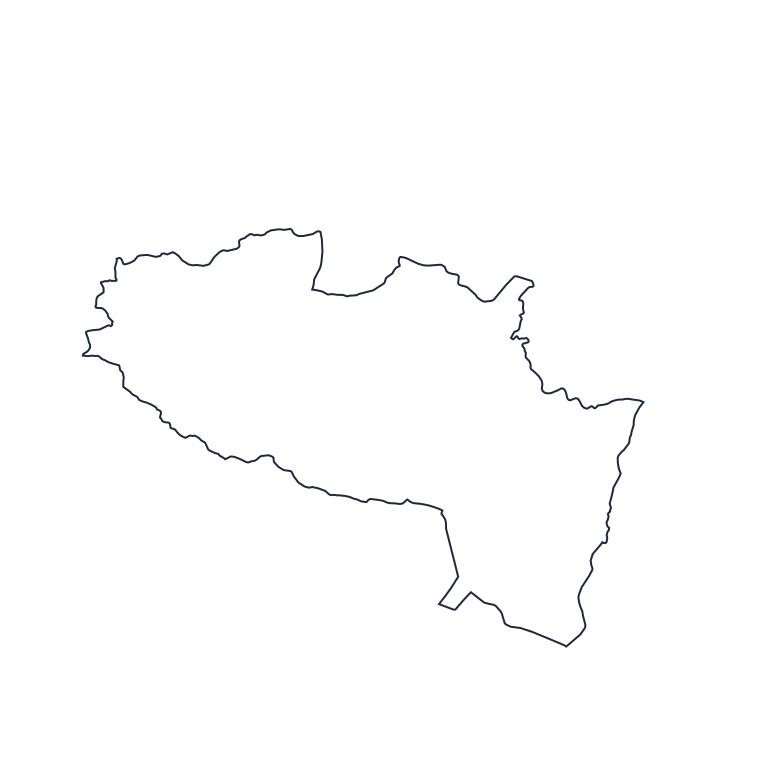 the district of Wat Bot, Phitsanulok, Thailand, rotated 300°
{"feature_id": "78962969B51687316789717", "entity_name": "Wat Bot", "entity_type": "district", "adm_level": 2, "iso_a3": "THA", "parent_name": "Thailand", "parent_adm1": "Phitsanulok", "projection": "orthographic", "projection_center": [100.372, 17.16], "detail": "fine", "context": "isolated", "style": "outline", "palette": "slate", "viewbox_px": 768, "rotation_deg": 300, "n_neighbors": 0, "source": "geoboundaries", "source_scale": "gbopen_adm2", "svg_char_len": 6137}
<svg xmlns="http://www.w3.org/2000/svg" viewBox="0 0 768 768"><g transform="rotate(300 384 384)"><path d="M358.7,89.9L358.0,90.5L355.8,91.4L349.7,92.9L347.1,95.2L341.9,98.2L340.6,100.2L339.9,100.5L339.3,100.3L338.1,98.3L336.9,96.0L336.7,94.5L335.1,93.6L333.3,90.7L330.5,88.0L330.0,88.2L327.1,93.0L323.4,95.2L322.7,95.1L317.2,92.4L315.6,92.2L313.5,92.6L308.4,95.2L306.9,95.3L306.1,96.7L308.5,101.4L308.7,103.2L308.2,106.0L306.7,109.3L304.6,111.4L303.7,112.6L302.5,117.8L300.6,118.1L299.3,119.1L297.5,118.5L297.4,116.6L296.6,115.7L289.0,110.5L284.6,104.4L282.3,101.6L280.5,100.1L279.8,100.1L278.7,100.9L275.5,104.9L272.6,107.5L271.2,109.6L269.7,110.7L267.9,111.3L265.8,111.3L263.5,110.7L259.7,108.6L258.0,109.0L260.0,113.4L263.1,117.9L263.9,120.0L265.3,122.1L265.3,124.3L264.6,127.2L265.1,130.7L265.1,134.2L266.1,139.2L267.7,145.1L267.2,145.9L264.1,148.5L263.5,151.2L263.0,152.2L259.5,155.4L256.6,156.6L251.2,159.6L250.3,168.0L249.5,170.2L249.2,172.0L249.5,176.6L247.8,180.0L248.1,183.4L249.3,188.2L249.8,192.7L249.8,197.4L249.4,198.8L248.5,200.1L248.8,202.0L248.7,203.8L248.2,204.7L247.3,205.5L243.2,206.6L242.9,207.0L242.6,208.3L241.4,209.9L241.0,211.4L241.3,213.2L242.7,216.4L242.9,217.5L242.0,219.0L239.5,220.9L239.3,221.5L240.1,225.6L238.2,230.8L237.6,234.4L238.1,238.9L241.9,241.4L242.6,242.2L243.2,244.2L244.6,245.8L244.8,249.5L244.7,251.0L243.7,254.2L243.8,257.9L243.1,259.4L239.4,264.5L239.2,265.7L239.6,271.6L240.6,275.5L239.8,277.4L239.8,282.7L239.4,284.1L244.6,287.5L246.1,290.8L247.0,296.9L247.5,303.8L248.1,305.6L250.1,307.2L252.8,310.3L254.5,311.4L259.4,313.1L260.4,313.9L264.7,319.9L265.2,323.2L265.0,325.0L261.6,327.5L261.3,328.2L259.5,333.7L259.3,340.2L261.8,346.4L261.8,347.8L258.7,352.4L255.7,359.6L255.8,362.5L255.5,365.9L255.8,368.0L256.8,371.0L258.9,373.4L260.7,378.8L261.5,383.4L262.0,386.7L261.0,391.6L261.0,392.6L262.5,395.8L263.6,397.2L263.8,398.5L265.1,400.6L267.6,406.3L269.0,410.7L269.7,415.9L270.7,418.8L270.8,422.4L272.8,427.6L273.3,428.0L276.1,428.5L277.8,429.9L281.0,437.6L282.4,441.7L282.9,446.0L283.6,448.4L286.5,454.0L287.6,456.9L288.7,458.7L289.8,459.8L291.1,460.4L295.4,461.8L295.7,462.1L295.1,465.4L295.4,468.7L298.6,475.8L301.1,483.0L303.1,492.1L303.7,497.4L303.7,497.8L301.2,498.3L300.0,499.0L299.4,500.9L297.1,504.9L294.8,507.0L289.4,510.4L254.2,544.6L241.1,544.1L232.0,543.2L220.9,541.7L223.4,557.1L224.4,558.6L237.1,561.0L247.1,563.4L244.8,580.0L245.9,584.3L247.7,589.6L247.7,591.7L245.6,598.2L244.2,600.7L237.1,608.3L236.7,610.1L237.2,615.2L240.9,624.2L243.5,636.7L247.5,667.5L247.9,671.2L247.7,673.1L265.4,679.3L273.5,680.0L276.1,678.8L283.0,672.0L286.2,669.5L289.2,665.5L292.7,661.9L295.6,659.6L297.0,658.8L299.2,658.1L306.9,656.8L320.4,657.6L326.8,657.4L328.3,656.9L331.5,653.4L333.0,652.6L334.0,651.4L340.4,649.9L342.1,649.9L353.2,652.0L356.2,652.2L356.0,653.7L357.4,655.6L358.3,655.8L362.4,654.3L364.3,652.5L367.7,651.5L370.0,651.8L371.2,651.1L371.9,651.0L372.4,648.9L373.8,647.1L375.6,645.9L378.8,645.6L381.2,644.8L382.0,644.4L383.2,642.9L385.6,643.1L386.5,643.6L387.5,643.0L390.4,642.4L393.1,639.3L401.4,637.1L409.1,634.5L420.4,634.3L424.9,633.7L427.2,630.8L429.6,628.4L432.7,625.9L437.1,623.2L439.4,622.9L444.0,623.7L446.6,624.7L454.7,625.7L456.0,625.6L460.5,623.7L463.4,623.4L466.8,622.2L473.1,620.8L477.3,618.6L482.4,617.1L490.8,616.9L498.0,617.7L497.6,613.9L493.0,602.3L491.0,599.6L489.7,598.3L488.4,595.8L486.0,592.9L482.9,590.0L478.8,587.6L476.3,585.1L472.5,580.2L468.9,579.1L468.4,578.7L468.2,578.2L468.7,575.7L468.4,574.6L464.7,572.6L463.9,571.5L463.5,569.1L464.1,566.4L467.7,560.6L468.1,558.6L467.5,557.0L462.9,553.3L462.6,552.0L462.8,551.0L463.8,549.3L466.6,546.9L468.3,544.9L469.4,543.0L469.6,541.1L468.7,539.7L465.1,537.4L459.9,533.4L459.1,532.5L457.8,530.7L457.1,528.7L456.8,527.3L457.3,524.8L458.9,523.0L463.3,521.1L465.7,518.9L468.1,514.3L469.6,508.7L470.5,503.6L471.5,502.7L473.9,501.4L475.4,499.9L476.5,498.3L477.8,493.7L478.6,492.9L482.0,491.2L482.7,489.7L484.7,488.0L486.3,484.7L487.2,484.2L488.6,484.4L491.6,487.5L492.8,488.1L493.7,487.7L494.7,486.3L495.0,485.3L494.7,483.8L493.3,482.5L492.2,480.2L490.6,478.7L490.6,477.9L491.8,475.7L491.7,475.1L491.0,474.6L487.5,473.8L487.1,473.0L487.5,470.9L494.4,470.8L496.8,473.0L499.3,473.5L507.1,470.9L508.9,470.9L510.2,469.7L511.2,467.4L513.0,468.1L514.7,469.4L515.8,469.4L518.7,466.6L523.0,464.6L524.5,463.5L525.2,461.7L524.3,459.4L524.5,458.7L525.1,458.4L528.5,458.4L538.9,460.7L540.9,461.6L542.2,463.8L543.3,464.5L544.4,464.0L545.4,463.1L547.1,460.6L543.6,444.9L542.3,443.1L530.9,440.2L512.1,437.0L509.6,435.4L505.4,429.6L505.0,427.1L505.4,422.9L505.6,421.6L507.1,418.5L509.4,407.9L509.3,406.6L507.6,400.4L507.8,398.7L508.3,397.9L508.9,397.5L514.2,395.3L514.9,394.5L515.2,392.6L513.2,387.0L512.6,383.9L512.9,381.9L513.4,381.0L515.7,378.2L516.0,375.5L515.7,373.5L508.6,363.1L506.5,358.7L505.2,353.3L504.1,339.9L502.7,335.5L502.2,334.7L501.6,334.4L500.1,334.4L497.5,335.4L496.1,336.5L494.7,338.3L494.0,338.5L491.1,336.6L489.9,336.2L487.4,335.9L484.0,336.0L477.6,333.0L476.0,332.9L472.9,333.7L471.0,333.6L459.7,327.8L449.6,317.5L447.1,315.8L443.1,309.8L441.5,308.4L440.6,303.9L437.9,299.0L435.9,294.0L434.5,292.2L433.4,290.3L433.2,284.2L431.4,278.4L429.9,274.6L434.3,273.6L439.9,271.2L451.7,270.7L454.1,270.3L457.7,269.1L467.7,264.6L478.0,258.0L483.9,253.0L483.6,251.1L483.3,250.5L482.0,249.4L478.2,247.3L471.9,240.2L469.8,236.8L469.2,235.0L469.2,231.2L469.5,230.2L471.5,226.6L471.4,225.2L467.6,220.6L465.9,216.5L464.4,214.2L460.5,209.3L456.7,206.7L453.8,205.9L451.6,203.7L450.8,202.6L449.8,199.5L448.1,197.6L447.6,194.6L446.8,193.0L442.6,191.0L441.1,190.6L438.2,188.1L436.3,187.1L434.6,187.3L431.6,189.7L430.6,189.9L428.7,189.5L427.4,188.7L420.9,181.8L419.6,178.2L418.3,177.0L415.7,175.5L408.9,173.5L401.7,173.0L400.2,172.7L396.0,168.5L393.4,162.2L391.1,159.0L389.9,155.1L390.1,147.8L392.2,142.2L392.7,137.9L392.6,135.4L391.2,134.0L387.9,131.6L387.2,128.5L385.9,126.6L383.0,126.1L380.7,123.7L379.9,122.5L377.6,114.9L376.3,112.7L373.0,108.1L371.1,106.8L366.7,106.1L365.1,105.5L361.7,103.3L358.1,99.9L357.8,99.0L357.8,98.1L360.7,94.4L361.1,92.7L360.8,91.6L358.7,89.9Z" fill="none" stroke="#1e293b" stroke-width="2"/></g></svg>